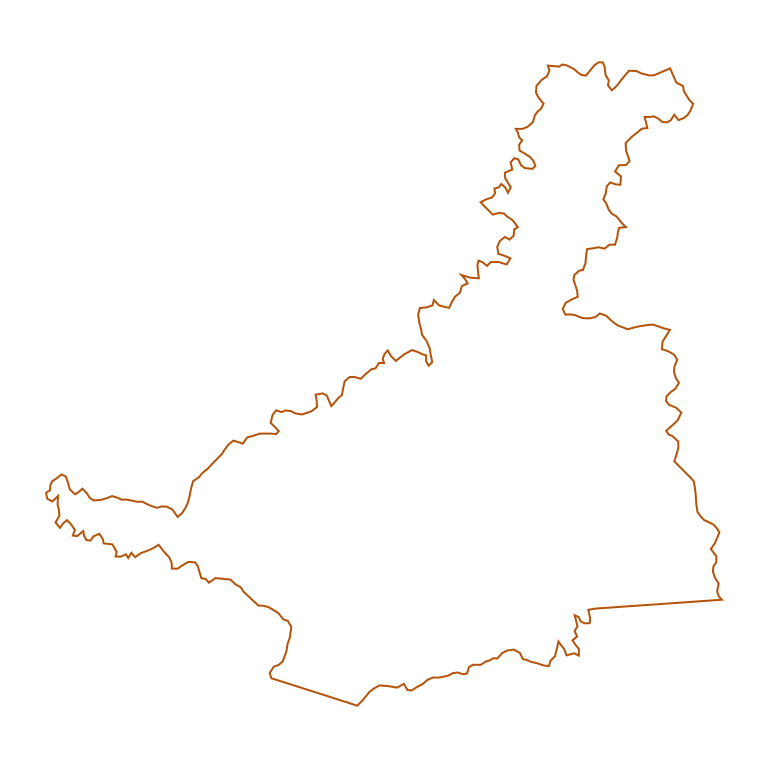 Turvo, Paraná, Brazil
{"feature_id": "56859067B5145153824108", "entity_name": "Turvo", "entity_type": "district", "adm_level": 2, "iso_a3": "BRA", "parent_name": "Brazil", "parent_adm1": "Paraná", "projection": "orthographic", "projection_center": [-51.495, -24.966], "detail": "fine", "context": "isolated", "style": "outline", "palette": "amber", "viewbox_px": 768, "rotation_deg": 0, "n_neighbors": 0, "source": "geoboundaries", "source_scale": "gbopen_adm2", "svg_char_len": 5767}
<svg xmlns="http://www.w3.org/2000/svg" viewBox="0 0 768 768"><path d="M218.1,457.8L212.4,463.7L207.6,468.8L202.8,472.6L199.0,477.2L193.1,481.2L191.0,488.7L189.5,496.7L187.6,503.4L185.4,508.0L182.0,513.2L177.6,516.9L172.5,509.6L167.0,506.7L161.7,506.4L157.3,507.8L151.5,506.1L146.2,503.7L142.6,501.7L137.8,501.8L126.6,499.6L121.4,499.6L117.7,497.8L112.1,496.1L106.4,498.3L100.4,500.0L93.5,500.4L89.8,497.8L86.7,493.1L82.4,488.7L78.8,491.9L75.1,494.3L69.9,489.5L68.1,483.1L65.7,476.4L61.4,474.5L56.7,478.3L52.3,481.2L50.4,485.0L50.0,490.3L46.1,492.7L47.2,498.7L52.3,501.5L58.0,496.0L57.6,504.9L58.8,509.2L59.4,515.8L55.5,522.5L60.0,527.8L63.0,523.5L67.0,520.1L71.3,524.7L74.9,529.9L72.8,535.6L77.1,536.1L83.3,531.1L84.0,535.6L86.2,539.9L90.5,540.6L93.5,536.3L99.3,533.8L102.6,538.7L103.7,543.4L108.2,543.9L112.4,544.4L116.7,552.0L115.6,556.5L120.9,556.6L125.8,554.3L128.2,558.0L131.4,552.9L135.1,557.2L140.9,553.1L148.1,550.5L153.3,548.1L158.6,544.8L164.0,551.7L169.2,557.3L171.6,562.6L171.9,568.6L177.5,568.7L182.2,565.5L188.3,561.9L194.9,562.3L197.6,565.8L199.3,571.3L201.3,578.1L205.8,579.1L208.9,582.7L215.5,578.1L224.9,579.0L230.4,579.6L235.7,584.5L240.6,587.2L243.7,591.9L258.3,605.5L262.6,605.7L268.4,607.0L273.6,610.1L278.3,613.1L283.5,619.5L287.8,620.8L291.3,627.0L289.8,637.7L287.6,643.7L286.4,651.4L282.7,661.3L278.8,664.9L273.8,666.6L269.7,673.0L271.4,678.3L286.1,682.9L357.3,705.7L362.8,700.0L369.7,691.7L373.4,688.8L379.5,685.4L388.2,686.1L397.0,687.6L403.9,683.9L407.4,690.0L411.7,690.5L416.5,687.3L422.9,683.8L427.7,679.7L433.1,677.5L439.6,677.5L448.2,675.7L452.6,673.2L457.9,672.5L462.9,674.2L467.0,673.5L469.0,667.0L473.2,664.7L480.5,664.9L485.8,661.5L489.7,660.4L493.2,658.2L497.2,658.6L502.3,653.0L507.2,650.5L513.7,649.6L520.0,653.0L522.8,659.1L527.3,660.1L531.4,662.0L537.1,663.2L543.5,665.4L548.9,666.1L550.5,660.8L555.0,656.1L556.9,648.4L558.5,641.5L561.2,645.4L564.1,648.9L566.5,655.4L574.2,653.3L578.8,655.6L578.9,648.9L575.3,644.6L572.5,640.3L577.1,636.5L574.6,631.0L577.5,626.3L574.7,615.3L578.8,617.2L580.7,621.5L584.6,623.3L589.6,623.2L590.2,618.4L588.3,609.8L595.5,608.6L721.9,599.7L718.9,596.6L717.1,591.5L718.7,583.5L715.2,578.2L712.9,571.7L713.4,566.4L716.2,562.4L716.4,556.2L713.6,552.6L710.8,549.0L714.8,543.3L717.7,536.6L719.4,532.6L717.2,528.7L713.2,524.4L709.1,522.3L704.3,520.2L700.5,516.3L697.4,511.7L696.3,504.1L695.7,494.8L694.9,487.6L693.8,481.4L691.0,478.1L674.3,461.4L675.8,456.8L678.4,447.5L678.2,441.4L672.4,436.1L668.5,434.4L666.2,430.7L673.7,424.1L677.8,420.1L681.3,412.6L676.1,407.7L669.0,404.8L666.0,400.9L666.6,396.2L670.7,392.1L675.5,388.5L679.0,382.8L675.9,378.1L674.0,371.8L674.4,366.8L677.2,359.6L673.8,354.4L668.2,351.3L661.9,349.2L662.6,341.5L665.8,336.5L669.9,329.8L664.0,328.4L658.0,326.3L653.1,324.6L647.8,325.0L643.3,325.7L638.8,326.4L632.9,327.8L627.7,329.3L622.8,327.3L618.2,325.7L614.8,323.5L610.9,320.2L606.2,315.7L599.8,313.5L595.6,316.9L590.2,318.3L586.2,318.3L582.0,318.0L575.3,315.2L570.8,314.4L565.4,314.6L562.7,309.0L565.6,302.9L571.2,299.7L577.7,296.8L577.1,290.6L573.5,279.8L574.3,275.0L579.2,270.7L583.0,270.0L585.5,262.8L586.2,254.6L587.1,249.1L593.0,248.3L598.7,247.3L604.6,248.6L609.4,244.7L615.0,244.7L617.4,236.9L617.9,231.9L619.2,227.8L625.9,227.1L621.3,222.5L616.7,216.6L611.6,213.6L608.7,209.5L606.0,202.9L603.3,199.4L605.8,193.2L606.8,186.2L610.3,182.4L615.5,184.3L620.3,184.8L621.0,176.4L615.1,171.5L618.8,165.3L625.9,165.0L629.6,161.0L626.1,150.7L625.6,143.0L631.8,136.8L637.0,132.7L641.8,128.7L647.4,128.0L644.6,117.0L649.4,117.0L653.9,116.4L658.0,118.4L662.4,122.1L667.3,122.3L670.9,120.1L674.3,114.7L678.5,120.1L683.4,118.3L687.5,115.1L690.4,110.7L693.2,103.8L689.3,99.9L686.1,94.9L683.8,91.1L683.1,86.1L676.3,82.6L670.1,68.4L653.9,75.3L649.2,75.4L641.0,73.3L636.4,71.0L629.0,70.7L621.0,80.2L618.0,84.5L614.9,87.7L611.7,90.3L608.0,85.4L608.8,80.2L605.6,75.2L604.6,66.7L602.8,62.4L598.7,62.3L594.4,65.2L585.9,75.7L580.9,74.7L577.4,72.1L573.9,69.0L566.8,65.4L562.5,64.5L559.1,66.6L553.4,66.1L547.9,65.6L549.4,70.7L546.9,76.4L541.8,79.7L536.5,85.9L536.0,92.7L538.9,98.1L543.6,103.6L541.0,108.7L537.3,111.9L534.9,115.3L532.9,122.1L527.6,126.8L522.4,128.9L515.9,128.9L518.0,132.9L519.1,137.2L522.1,140.4L519.1,144.8L519.6,150.6L525.0,153.7L530.0,157.0L533.3,160.7L535.4,166.0L532.3,168.9L524.7,168.0L521.0,165.2L518.2,159.4L514.3,158.2L510.6,162.3L512.3,169.5L504.8,172.8L505.2,178.3L508.1,183.1L510.8,187.2L508.0,192.8L505.2,187.3L501.3,184.0L498.7,187.4L494.4,188.6L495.1,193.3L492.2,197.4L485.9,199.5L480.6,202.2L483.9,205.8L492.8,214.6L499.4,212.9L504.1,213.6L507.0,216.5L512.8,220.3L517.8,227.1L514.3,229.4L513.6,235.8L509.5,239.6L504.8,237.0L499.8,241.1L497.2,246.9L498.4,253.8L504.8,255.9L510.4,258.3L506.7,264.5L498.7,262.0L490.7,262.1L487.0,265.9L482.5,262.1L478.5,260.6L477.4,265.5L478.8,278.3L470.3,277.7L461.4,275.0L465.1,279.1L467.6,283.5L461.8,286.0L460.0,292.6L455.3,296.5L452.1,301.5L449.1,307.9L443.1,306.5L438.9,305.3L433.9,300.0L432.4,305.5L426.4,307.4L419.9,308.0L418.1,314.6L419.6,324.0L421.1,329.4L422.0,334.7L426.5,340.9L429.8,348.6L430.7,354.8L432.2,362.1L428.7,365.8L426.1,361.2L426.1,355.4L422.0,354.1L418.1,352.1L412.1,350.1L404.3,354.2L395.8,360.9L391.1,356.2L387.7,350.4L384.5,354.2L382.7,358.6L384.0,363.1L379.0,362.9L375.5,368.4L371.6,369.1L365.1,374.5L360.8,378.8L354.5,377.0L349.7,377.0L344.7,381.2L343.0,389.0L341.8,395.3L338.5,397.7L334.2,403.0L331.3,406.1L326.8,395.6L322.7,393.4L315.6,394.7L316.6,399.9L317.1,407.0L311.4,411.3L301.9,414.5L295.0,413.3L290.9,411.0L285.3,410.5L281.6,412.1L276.1,410.4L272.7,414.7L270.6,422.9L274.3,426.4L278.8,431.0L276.2,434.1L270.4,433.6L259.9,433.6L253.5,435.7L247.2,437.4L242.7,443.7L239.0,442.3L233.4,440.6L228.3,444.7L224.7,449.6L222.3,453.5L218.1,457.8Z" fill="none" stroke="#b45309" stroke-width="2"/></svg>